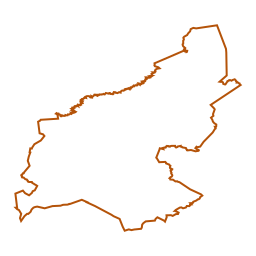 Zentenes pag., Tukums, Latvia
{"feature_id": "27541924B96888241356563", "entity_name": "Zentenes pag.", "entity_type": "district", "adm_level": 2, "iso_a3": "LVA", "parent_name": "Latvia", "parent_adm1": "Tukums", "projection": "equal_earth", "projection_center": [23.028, 57.169], "detail": "fine", "context": "isolated", "style": "outline", "palette": "amber", "viewbox_px": 256, "rotation_deg": 0, "n_neighbors": 0, "source": "geoboundaries", "source_scale": "gbopen_adm2", "svg_char_len": 5725}
<svg xmlns="http://www.w3.org/2000/svg" viewBox="0 0 256 256"><path d="M217.0,25.3L196.2,28.4L193.3,27.9L190.7,29.1L190.1,31.3L188.1,33.4L187.2,35.0L184.2,36.7L183.4,37.6L183.5,38.4L183.9,39.1L183.8,39.7L183.2,40.6L183.2,43.7L182.6,44.3L182.8,45.4L183.2,46.3L185.3,48.1L185.1,48.6L184.0,49.2L183.9,49.5L184.8,49.8L185.9,50.6L187.2,50.8L187.0,51.8L186.3,52.1L186.1,51.6L184.7,51.4L183.8,50.7L154.5,63.3L154.7,64.3L154.4,65.4L154.9,66.2L158.4,67.3L159.5,68.3L157.2,68.7L155.5,69.6L154.9,70.8L154.9,71.1L155.5,71.4L155.4,71.7L154.4,72.3L153.2,72.3L153.9,72.8L151.6,73.7L151.9,74.6L151.7,75.2L152.2,75.4L150.5,75.8L151.8,76.2L151.1,76.7L150.4,76.7L150.4,76.3L149.9,76.4L150.2,77.5L148.9,77.8L148.8,77.7L149.0,77.4L148.2,77.2L147.6,77.8L146.6,77.3L145.7,77.3L146.6,79.2L146.2,79.5L145.3,79.4L144.9,80.5L145.1,81.2L144.8,81.4L143.9,81.1L142.3,81.4L142.9,81.8L142.7,82.1L143.4,82.2L143.2,82.9L143.5,83.1L143.3,83.3L142.5,83.2L141.8,83.8L141.4,83.2L140.8,84.0L139.3,83.6L140.1,84.6L140.0,84.9L139.1,84.2L138.2,84.0L137.9,84.1L138.3,84.4L137.5,84.7L137.3,85.3L136.9,85.5L135.3,85.2L134.3,86.2L133.6,85.6L132.7,86.6L131.7,86.6L132.6,86.9L132.4,87.2L130.6,87.3L130.5,87.5L130.8,88.5L130.0,88.7L129.8,89.4L129.3,89.2L128.9,88.1L128.4,88.1L128.0,88.6L126.7,88.8L127.1,89.0L124.4,90.0L124.4,90.3L123.4,90.7L122.5,90.5L121.5,90.8L120.5,92.1L120.6,92.6L120.4,92.6L120.2,92.1L118.7,92.3L117.6,93.1L115.8,92.8L115.6,92.3L115.2,92.2L113.8,92.1L113.7,92.4L114.0,92.7L113.7,93.1L112.5,93.0L113.3,93.3L113.4,93.9L113.1,94.2L112.4,94.2L112.2,93.9L110.8,94.0L110.1,93.1L109.7,93.0L109.3,93.0L108.9,93.7L105.8,93.0L104.7,94.4L103.4,93.9L102.8,94.4L101.9,94.3L101.4,94.6L99.8,94.4L99.6,94.8L97.8,95.6L97.7,94.8L97.0,95.1L97.0,95.6L96.4,95.4L96.7,94.8L94.7,94.6L94.3,94.7L94.2,95.3L93.1,96.3L92.1,96.4L91.3,96.0L91.4,96.8L92.1,97.2L92.1,97.6L90.3,97.4L89.0,96.1L87.0,96.1L85.6,96.7L86.0,97.9L84.6,97.5L84.3,98.2L83.7,98.2L83.2,98.9L82.3,99.0L82.6,99.5L82.5,99.9L81.0,100.0L81.3,100.9L81.0,101.2L80.5,101.0L80.4,101.6L81.2,101.8L81.0,102.2L81.3,102.5L82.4,102.1L82.2,102.5L82.5,103.1L81.0,103.2L81.0,103.9L80.5,104.2L81.0,104.8L80.1,105.3L78.0,104.7L78.0,105.1L77.5,105.4L77.8,106.0L76.9,105.5L76.0,105.9L76.7,106.2L76.2,106.5L74.6,106.2L74.4,106.5L75.1,106.8L74.6,107.4L73.2,107.1L74.1,107.5L74.2,107.8L73.3,107.7L73.5,108.0L72.5,108.1L73.0,109.0L72.1,108.6L71.5,108.8L72.7,109.6L71.8,110.4L72.5,110.5L72.5,111.4L73.0,111.3L73.0,110.9L73.3,110.8L74.1,110.8L74.5,111.0L74.4,111.5L75.7,111.9L75.5,112.1L74.2,112.1L74.2,112.6L73.3,112.9L71.7,112.8L71.4,113.0L71.8,113.5L71.5,113.9L71.2,113.7L71.4,113.4L70.8,113.1L70.9,113.5L69.2,114.5L67.9,114.4L67.6,115.3L66.8,115.4L65.4,115.0L65.3,115.5L64.9,115.9L63.7,115.9L62.0,115.3L61.7,116.2L61.0,116.3L60.8,116.2L61.0,115.9L60.8,115.9L60.0,114.7L58.9,114.7L59.0,114.3L58.6,113.6L57.5,114.0L57.1,113.9L57.5,113.7L56.6,113.1L56.0,113.6L56.8,114.2L57.4,114.2L58.1,118.7L40.6,119.8L40.2,120.6L38.1,121.7L39.6,133.3L43.0,134.3L44.4,136.0L40.8,140.5L34.4,144.2L32.3,147.4L31.8,148.6L30.3,148.4L29.6,152.3L30.3,152.5L28.8,156.5L27.8,160.8L29.6,165.8L24.2,172.2L23.8,173.2L22.9,173.3L22.7,174.0L21.6,174.7L21.8,175.1L21.4,175.5L22.0,176.3L21.8,176.8L22.1,177.4L23.7,177.6L25.3,179.2L26.8,179.5L27.7,180.6L27.5,180.8L28.1,181.7L29.1,182.0L31.9,182.0L32.3,183.0L33.8,183.7L34.4,184.3L35.6,184.8L37.2,185.9L34.8,190.3L32.7,191.2L31.9,192.9L29.1,195.3L25.1,193.2L22.9,190.6L15.4,193.6L17.1,207.6L15.7,207.7L17.2,209.2L19.0,210.1L21.2,213.8L20.0,218.1L21.1,221.0L24.5,216.1L27.1,213.8L28.3,213.9L30.6,211.8L31.6,209.5L33.5,207.6L35.1,207.0L37.2,206.6L44.7,208.3L52.5,206.1L60.5,205.7L63.1,204.8L67.8,204.6L69.2,203.9L69.6,204.1L81.8,199.8L87.1,202.1L87.3,202.2L87.0,202.4L94.9,206.0L111.5,214.8L113.6,216.2L119.6,218.9L122.7,226.7L124.7,230.7L128.8,229.4L131.5,230.1L134.2,229.5L141.1,228.8L141.8,227.6L142.2,224.6L143.3,223.2L145.7,221.4L154.9,220.6L155.6,218.9L157.4,217.3L164.0,220.6L165.0,221.6L166.7,217.2L166.5,215.3L171.0,215.2L172.7,215.9L175.9,214.1L178.0,214.0L178.6,212.6L175.9,211.3L175.7,210.9L174.8,210.9L175.7,210.0L179.8,207.6L181.4,207.4L183.0,208.3L185.9,207.5L186.8,206.0L189.4,206.1L190.0,205.4L190.0,204.8L191.5,204.5L190.3,203.2L192.7,203.0L193.1,202.5L193.2,201.8L196.4,200.5L197.7,199.4L198.6,199.3L199.7,198.5L200.1,197.2L202.3,195.6L201.1,194.4L190.1,189.3L179.5,182.2L177.4,181.6L177.2,181.3L175.4,181.4L173.0,179.7L170.3,179.5L169.9,178.2L169.6,178.1L170.2,177.4L171.8,176.5L172.3,175.6L172.2,174.9L171.2,173.5L171.5,172.7L170.8,171.6L171.0,171.1L170.6,170.3L171.2,169.8L172.2,169.6L172.3,169.2L170.1,168.1L169.9,167.2L170.4,165.8L169.6,165.3L169.3,164.6L166.1,163.4L166.1,162.8L165.3,161.9L159.2,162.2L156.5,157.7L156.3,157.6L159.4,149.8L159.8,148.3L163.2,149.1L162.6,148.0L164.9,147.4L165.1,147.7L165.8,147.5L166.1,146.5L166.9,145.9L168.1,146.1L168.3,146.4L168.8,146.1L169.9,146.7L170.5,146.1L171.5,145.9L175.1,145.9L175.1,146.6L176.1,147.5L177.4,147.0L177.7,146.5L180.6,145.9L180.5,146.4L181.1,146.8L182.0,146.9L182.4,147.4L185.9,148.0L186.2,149.0L187.4,149.9L187.2,150.3L187.6,150.4L191.0,150.0L195.5,151.3L198.5,150.8L198.8,150.5L198.6,149.9L197.4,149.6L195.4,148.1L196.5,146.7L197.4,147.2L200.2,146.6L203.6,141.8L212.7,132.5L214.8,129.1L215.6,128.5L214.9,126.8L216.0,126.8L216.2,126.5L216.3,124.5L214.3,123.2L212.9,121.6L212.3,119.7L211.0,117.7L213.4,115.8L213.0,114.1L214.7,109.4L214.3,108.6L210.7,104.9L240.6,85.0L239.7,84.2L239.6,83.5L238.9,83.3L238.2,82.6L236.6,82.6L236.8,81.6L235.9,81.1L235.8,80.4L234.7,79.3L232.6,80.0L231.5,80.7L230.2,80.1L229.2,80.1L229.0,80.6L227.5,81.1L227.5,81.6L227.0,82.0L225.5,84.3L225.1,84.5L223.3,83.9L223.1,82.8L222.7,82.1L221.9,81.8L220.9,81.9L219.6,81.7L226.7,75.5L226.3,52.5L226.0,48.9L217.0,25.3Z" fill="none" stroke="#b45309" stroke-width="2"/></svg>